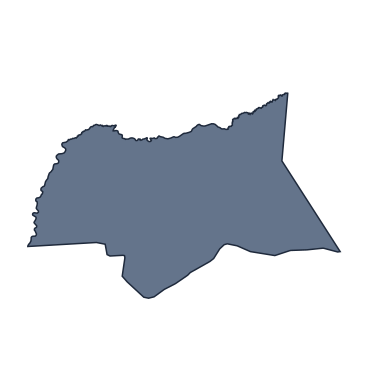 Limulunga, Western, Zambia, rotated 8°
{"feature_id": "96606910B48739682467937", "entity_name": "Limulunga", "entity_type": "district", "adm_level": 2, "iso_a3": "ZMB", "parent_name": "Zambia", "parent_adm1": "Western", "projection": "mercator", "projection_center": [23.382, -14.96], "detail": "fine", "context": "isolated", "style": "filled", "palette": "slate", "viewbox_px": 384, "rotation_deg": 8, "n_neighbors": 0, "source": "geoboundaries", "source_scale": "gbopen_adm2", "svg_char_len": 5851}
<svg xmlns="http://www.w3.org/2000/svg" viewBox="0 0 384 384"><g transform="rotate(8 192 192)"><path d="M37.0,268.8L104.4,255.3L113.3,255.8L116.6,265.8L119.7,266.8L132.4,264.3L134.0,264.4L134.7,266.5L134.6,285.1L140.3,290.0L158.9,302.9L163.8,303.2L169.0,301.1L178.1,292.3L188.4,285.0L199.3,275.0L201.5,272.0L219.4,258.3L222.7,254.9L227.4,244.4L231.2,239.7L234.1,238.4L244.2,239.0L258.1,242.9L282.9,243.4L296.9,236.5L298.0,236.1L313.8,233.3L329.5,229.4L330.5,229.4L344.6,231.1L347.0,230.4L276.7,148.7L273.1,80.9L272.3,80.8L271.6,81.2L270.9,81.0L270.4,81.2L270.0,81.9L270.2,82.2L270.1,82.5L269.8,82.6L269.3,82.6L268.3,83.1L268.0,83.5L268.1,84.2L267.9,84.4L267.5,84.5L266.5,83.6L265.5,84.4L265.2,84.4L265.2,84.1L264.5,84.5L264.3,84.4L264.2,84.6L264.0,85.0L264.4,85.6L264.5,86.7L263.7,87.6L263.5,88.1L262.6,88.3L262.1,89.2L262.0,88.9L261.6,88.9L261.4,89.3L261.2,89.4L259.8,89.6L259.5,89.3L259.4,89.6L259.1,89.8L259.1,90.2L258.8,91.7L258.3,91.8L257.2,91.2L257.0,91.3L256.9,92.1L256.2,92.1L256.2,92.9L256.1,93.1L255.5,93.3L254.8,93.0L253.9,94.1L253.6,94.3L253.7,95.3L253.4,95.4L253.4,95.8L253.2,96.2L252.7,96.3L251.6,95.9L250.2,96.7L250.1,96.9L250.2,97.4L250.0,97.6L250.2,97.9L250.1,98.2L248.9,99.0L248.8,99.5L248.6,99.5L248.4,99.3L247.4,99.0L246.2,99.2L246.2,99.9L245.4,100.1L245.0,100.5L244.2,100.9L244.1,101.3L244.3,101.7L244.2,101.9L242.8,102.3L242.8,103.0L243.2,103.3L242.9,103.7L242.6,103.8L242.1,103.5L241.5,104.0L241.3,104.3L241.5,104.5L241.4,104.9L241.5,105.3L241.0,105.8L241.1,106.2L240.9,106.3L240.3,105.9L240.4,105.7L239.7,105.6L239.4,105.8L239.2,106.2L238.9,106.2L238.7,106.8L238.5,106.5L238.3,106.5L237.8,106.7L237.6,106.3L237.3,107.0L237.0,107.0L236.7,106.0L236.1,105.7L235.3,105.8L234.9,105.6L233.6,106.0L232.9,105.9L232.4,106.4L231.3,107.1L230.6,107.1L230.2,107.3L229.7,107.8L229.4,108.5L228.2,108.7L228.2,109.2L228.0,109.3L227.6,110.2L227.9,110.6L227.7,111.0L227.9,111.5L227.7,111.7L226.8,111.8L227.1,112.7L226.4,112.8L226.2,112.6L225.6,112.9L225.5,113.2L224.7,113.5L224.3,113.4L224.2,113.1L223.9,113.3L223.6,113.2L223.4,113.4L223.4,113.7L223.1,114.0L222.4,114.3L222.2,114.7L222.2,115.0L222.7,116.1L222.3,116.6L222.5,117.2L222.2,117.6L222.2,118.3L222.4,118.4L222.4,119.5L222.7,120.0L222.4,120.5L221.9,120.9L221.8,121.4L221.6,121.6L220.6,121.6L219.4,122.1L219.2,122.8L219.4,123.1L218.7,123.8L219.0,124.7L218.5,125.0L216.8,125.3L215.2,124.9L213.6,125.3L212.3,125.3L210.8,124.4L208.4,123.9L207.4,123.0L205.4,121.8L203.9,121.5L201.9,121.7L195.8,124.8L194.3,125.1L192.0,125.0L191.2,124.8L190.2,124.1L189.5,124.1L188.3,124.8L187.5,125.7L187.1,126.5L184.2,129.0L183.5,130.0L183.1,131.6L182.7,132.2L180.9,133.3L178.4,134.4L176.7,135.0L176.2,134.9L175.4,135.3L171.7,138.7L170.1,139.8L168.1,140.2L166.8,139.8L166.0,139.9L163.7,141.4L160.7,142.7L157.7,142.6L155.9,141.8L153.0,141.6L151.5,141.1L150.9,142.1L150.6,142.2L150.3,142.5L150.0,143.5L149.8,143.8L148.4,144.2L147.7,144.2L147.1,143.7L145.1,144.6L144.6,144.7L144.1,144.4L143.2,144.6L143.1,145.0L143.9,145.7L144.1,146.5L144.5,146.7L144.1,147.5L143.8,147.7L142.8,148.0L142.3,148.0L141.2,147.5L140.4,147.0L140.0,146.2L140.3,145.4L140.0,144.6L139.8,144.6L139.4,144.7L138.9,145.3L138.2,145.5L137.6,146.0L135.9,146.5L135.6,147.0L134.2,147.9L133.4,147.0L133.0,147.4L132.7,146.9L131.7,146.9L131.4,147.1L131.0,148.2L130.6,148.6L130.1,148.8L129.2,148.8L128.8,148.4L128.4,147.8L127.6,147.2L125.9,146.8L124.9,146.8L123.4,147.2L121.7,148.4L119.3,148.8L118.7,149.1L118.0,148.5L117.2,148.6L115.5,148.3L115.2,147.8L115.2,146.1L114.7,145.1L113.8,144.9L113.3,145.0L113.0,144.8L112.0,144.8L111.5,144.5L110.5,143.2L110.4,142.5L110.1,142.0L109.2,141.7L108.2,141.7L106.5,142.3L105.4,142.4L105.4,141.5L105.9,140.3L106.0,139.5L106.4,139.0L107.0,138.6L107.2,137.5L107.6,137.0L107.6,136.6L107.3,136.4L106.5,136.6L106.3,137.0L105.9,137.3L103.6,137.2L102.8,137.8L102.7,138.2L102.4,138.2L102.3,138.5L101.3,138.2L100.9,138.6L99.9,138.3L99.5,138.6L98.9,138.6L98.9,138.1L98.5,137.9L98.1,138.1L97.8,138.1L97.4,138.6L97.1,138.5L96.8,138.6L96.4,138.6L95.9,138.9L95.2,138.9L94.9,139.5L94.5,139.4L94.0,138.8L93.9,139.0L93.3,139.0L92.4,138.4L91.8,138.4L91.4,138.7L91.1,139.0L90.6,139.1L90.0,138.8L88.1,138.4L87.3,138.6L86.1,139.6L85.6,139.6L85.3,139.8L84.6,141.1L83.5,141.2L82.6,141.7L82.0,142.6L81.9,143.2L80.9,144.5L79.0,145.3L77.9,145.3L77.3,146.5L76.8,146.9L76.5,146.8L76.1,147.4L75.7,147.3L75.0,148.1L74.6,148.4L74.7,149.0L74.5,149.4L74.6,149.7L74.0,150.2L73.8,150.7L73.1,150.9L71.6,151.6L71.6,151.9L71.3,152.2L71.3,152.7L70.7,152.8L70.6,153.6L69.9,154.6L68.9,154.5L67.7,155.4L66.4,155.5L65.9,155.9L65.7,156.2L65.1,156.5L64.9,156.5L64.4,156.7L64.1,156.6L63.4,157.4L63.0,157.5L62.3,157.3L61.8,158.9L61.2,159.3L60.5,160.1L57.1,161.3L56.6,162.2L56.5,163.1L57.1,164.5L57.6,165.1L59.6,165.9L60.6,166.6L61.0,167.1L61.1,168.4L60.7,169.8L59.8,171.2L58.0,172.1L54.6,172.9L53.4,174.1L52.6,175.4L52.8,176.6L53.2,177.3L54.1,178.3L54.9,178.7L55.7,179.7L55.8,181.3L55.6,181.7L55.0,182.4L54.3,182.7L52.0,183.4L51.4,184.2L51.2,185.1L51.0,189.1L50.2,190.3L49.9,191.1L48.8,192.5L48.3,192.9L48.0,193.6L47.4,196.7L47.3,198.8L46.2,200.6L45.5,202.2L45.1,206.2L44.8,206.8L43.7,207.4L42.2,209.0L42.0,209.8L42.1,211.1L42.8,211.8L43.7,212.1L44.1,212.4L44.2,213.7L44.0,214.8L43.3,215.3L43.0,216.7L42.4,218.1L40.9,219.1L39.3,219.5L38.6,220.3L38.4,220.8L38.4,221.9L38.7,222.5L38.9,222.8L39.9,223.2L40.4,224.7L40.4,226.7L40.1,228.3L40.0,229.7L40.9,230.8L42.3,231.9L42.5,232.2L42.7,233.4L41.8,234.4L41.3,234.5L38.5,234.5L37.4,235.3L37.2,236.2L37.6,237.1L40.8,238.5L41.1,238.9L41.3,239.8L40.7,242.1L40.2,242.9L39.8,244.1L40.0,244.6L42.9,247.1L43.0,248.3L42.5,249.0L41.5,249.7L41.1,250.5L41.2,251.6L42.2,252.6L42.9,253.8L43.8,255.2L43.8,255.9L43.6,256.7L43.0,257.5L40.8,257.9L40.0,258.2L39.4,258.8L39.1,259.5L39.3,261.2L39.3,263.0L38.7,264.7L38.4,265.4L37.8,266.1L37.2,267.4L37.0,268.0L37.0,268.8Z" fill="#64748b" stroke="#1e293b" stroke-width="1.5"/></g></svg>